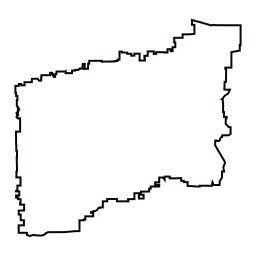 outline of Wagin, Western Australia, Australia
{"feature_id": "25037944B63512656480867", "entity_name": "Wagin", "entity_type": "district", "adm_level": 2, "iso_a3": "AUS", "parent_name": "Australia", "parent_adm1": "Western Australia", "projection": "albers", "projection_center": [117.292, -33.275], "detail": "fine", "context": "isolated", "style": "outline", "palette": "ink", "viewbox_px": 256, "rotation_deg": 0, "n_neighbors": 0, "source": "geoboundaries", "source_scale": "gbopen_adm2", "svg_char_len": 4688}
<svg xmlns="http://www.w3.org/2000/svg" viewBox="0 0 256 256"><path d="M240.6,25.3L216.1,25.2L214.5,25.1L214.1,24.9L210.9,25.3L202.6,22.9L198.9,21.8L195.8,21.1L192.0,20.0L192.0,24.8L194.4,24.8L194.4,33.9L189.4,34.3L182.6,34.3L182.6,37.8L174.2,37.8L174.2,42.3L175.3,42.4L175.3,47.2L172.6,47.2L172.6,51.2L170.7,51.2L170.7,49.2L167.5,49.2L167.5,52.5L164.7,52.5L164.7,52.2L156.1,52.2L156.1,54.0L153.8,54.0L153.8,51.4L147.7,51.4L147.7,55.8L144.4,55.8L144.4,57.9L144.8,57.9L144.9,60.5L139.6,60.5L139.6,53.7L134.4,53.7L134.4,55.7L131.2,55.7L131.2,53.8L127.2,53.8L127.2,52.6L121.9,52.5L121.9,51.6L119.5,51.6L119.5,59.7L117.5,59.7L117.5,61.0L115.1,61.0L115.1,61.4L112.6,61.4L112.6,61.5L107.1,61.5L101.8,61.7L101.8,60.8L89.2,60.8L89.2,63.7L88.1,63.7L88.1,68.8L84.7,68.8L84.7,63.8L83.8,63.8L83.7,64.0L83.2,64.3L82.8,64.0L82.7,64.0L82.5,67.0L82.5,67.3L82.6,67.8L82.6,68.2L82.8,68.6L82.5,68.5L82.4,68.5L79.8,68.5L79.8,69.0L78.4,69.5L78.7,69.7L78.4,69.9L75.1,69.9L75.1,70.6L72.0,70.6L72.0,73.2L69.6,73.2L65.6,73.1L65.6,71.4L65.5,71.5L56.7,71.5L56.4,71.7L56.4,74.2L55.1,74.2L55.1,76.9L53.9,76.9L52.9,75.6L52.9,74.2L52.2,74.2L52.2,72.8L50.1,72.8L50.1,75.2L41.4,75.2L41.4,77.3L41.2,77.3L41.2,80.6L39.0,80.6L37.6,78.7L31.9,78.8L31.9,80.7L31.8,82.2L24.5,82.2L24.5,85.3L21.3,85.3L21.3,84.0L18.8,84.0L18.8,85.9L15.4,85.9L15.4,92.8L16.1,92.8L16.1,96.0L17.4,96.0L17.4,100.1L16.8,100.1L16.8,105.8L17.4,106.3L17.9,107.0L17.6,107.6L18.1,108.0L18.6,108.2L18.9,108.5L18.1,109.4L18.7,109.8L18.9,110.3L18.1,110.5L17.9,110.7L17.8,110.8L17.7,111.2L17.7,111.3L17.8,111.4L17.9,111.5L18.0,111.7L18.0,111.9L18.0,112.0L17.9,112.1L18.0,112.2L18.0,112.4L18.0,112.5L17.9,112.7L17.6,112.5L17.2,112.6L16.7,112.7L16.6,112.8L16.6,113.0L16.5,113.3L16.6,113.6L16.8,113.8L16.8,114.0L17.0,114.2L17.1,114.3L17.3,114.3L17.5,114.3L17.8,114.4L18.0,114.4L18.1,114.5L18.2,114.8L18.3,114.9L18.3,115.0L18.2,115.1L18.1,115.3L17.9,115.4L17.7,115.5L17.3,115.6L17.2,115.7L17.0,115.8L17.0,116.1L17.0,116.3L16.9,116.4L16.7,116.5L16.5,116.8L16.6,117.0L16.7,117.3L16.9,117.5L17.1,117.5L17.3,117.5L17.5,117.8L17.8,118.2L17.8,118.3L18.1,118.4L18.3,118.4L18.6,118.5L18.7,118.4L18.9,118.4L19.0,118.4L19.4,118.2L19.5,118.1L19.8,118.1L20.0,118.2L20.1,118.8L20.1,131.7L16.0,131.7L16.0,135.7L16.1,139.7L16.1,144.6L16.3,144.7L16.3,150.8L17.0,150.8L17.0,157.1L16.7,157.1L17.0,169.2L16.9,171.6L16.4,171.7L16.4,177.4L20.5,177.4L20.5,185.6L17.4,185.6L17.4,189.0L17.4,189.9L17.2,190.2L16.9,190.4L16.6,190.6L16.3,190.7L16.1,190.7L16.0,190.8L16.0,191.4L19.3,191.4L19.3,195.5L16.1,195.4L16.1,197.5L17.9,197.5L17.9,199.1L20.5,199.1L20.5,203.1L20.1,203.1L20.1,204.7L24.1,204.7L24.1,210.5L18.7,210.6L18.7,214.5L20.7,214.5L20.7,220.2L23.9,220.2L23.9,225.3L18.7,225.3L18.7,232.8L26.9,232.8L26.9,234.9L29.7,236.0L34.3,234.8L35.3,235.3L41.4,235.6L44.1,234.8L45.5,233.8L45.6,233.3L46.7,232.9L47.8,232.2L51.8,232.2L60.1,232.1L64.7,232.1L75.7,231.1L79.4,231.1L79.5,231.0L79.5,220.3L83.8,220.3L83.8,219.5L85.3,219.5L85.3,216.3L93.2,216.3L93.2,212.9L91.0,212.9L91.0,212.1L92.5,212.1L93.1,211.2L95.2,211.1L96.8,210.2L97.6,209.4L98.4,207.9L100.0,207.9L100.0,207.4L102.8,207.4L102.8,201.3L107.2,201.3L107.2,199.0L116.9,199.0L116.9,201.3L128.0,201.3L128.4,201.3L128.3,200.9L128.2,200.5L128.2,199.9L128.1,199.1L134.4,199.1L134.4,193.2L138.9,193.2L138.9,198.5L143.6,198.5L143.6,194.8L140.9,194.8L140.9,191.6L146.5,191.6L149.1,191.5L149.1,188.6L150.7,188.6L150.7,186.5L159.2,186.5L159.2,184.9L155.2,184.9L155.2,182.3L159.2,182.3L159.2,177.5L162.9,177.5L164.6,179.7L164.6,176.6L169.7,176.6L169.7,178.3L176.8,178.3L179.6,178.1L181.2,178.1L181.2,180.9L183.9,180.9L183.9,182.1L187.6,182.1L187.6,185.9L188.9,186.0L195.5,186.4L196.2,186.5L199.7,186.5L199.7,185.7L211.8,185.8L212.5,182.3L213.7,185.0L219.6,185.0L219.7,181.5L222.0,177.4L222.0,176.3L222.0,171.5L224.1,171.5L223.7,169.8L223.4,167.4L223.6,166.2L224.3,164.7L224.8,164.1L224.8,161.8L224.2,160.7L215.2,145.4L215.2,145.0L215.2,144.8L215.2,140.6L216.7,140.6L216.7,140.8L216.8,140.9L217.0,140.9L218.1,141.0L218.4,141.0L218.6,140.9L218.9,140.9L219.0,140.8L219.3,140.7L219.5,140.5L219.6,140.4L219.7,140.2L220.5,138.0L220.6,137.8L220.7,137.7L220.8,137.5L220.9,137.4L221.0,137.3L221.2,137.2L221.3,137.2L221.5,137.1L221.8,137.1L222.0,137.1L222.2,135.3L225.2,135.3L225.6,135.3L225.7,135.2L226.2,135.2L227.1,135.3L228.6,135.3L230.6,133.9L230.6,127.2L228.9,127.1L225.7,123.9L225.8,118.0L226.6,118.1L226.6,116.9L223.9,116.9L224.0,112.1L223.1,112.1L223.1,102.4L222.8,102.4L222.8,99.1L222.0,99.1L224.9,95.7L227.6,94.0L228.7,92.5L229.9,89.7L224.4,89.7L224.6,81.8L226.0,81.8L226.1,69.4L225.3,69.0L225.3,67.6L229.3,67.6L231.4,67.6L231.4,52.1L239.8,50.6L239.8,49.4L239.8,45.0L240.6,45.0L240.6,25.3Z" fill="none" stroke="#020617" stroke-width="2"/></svg>